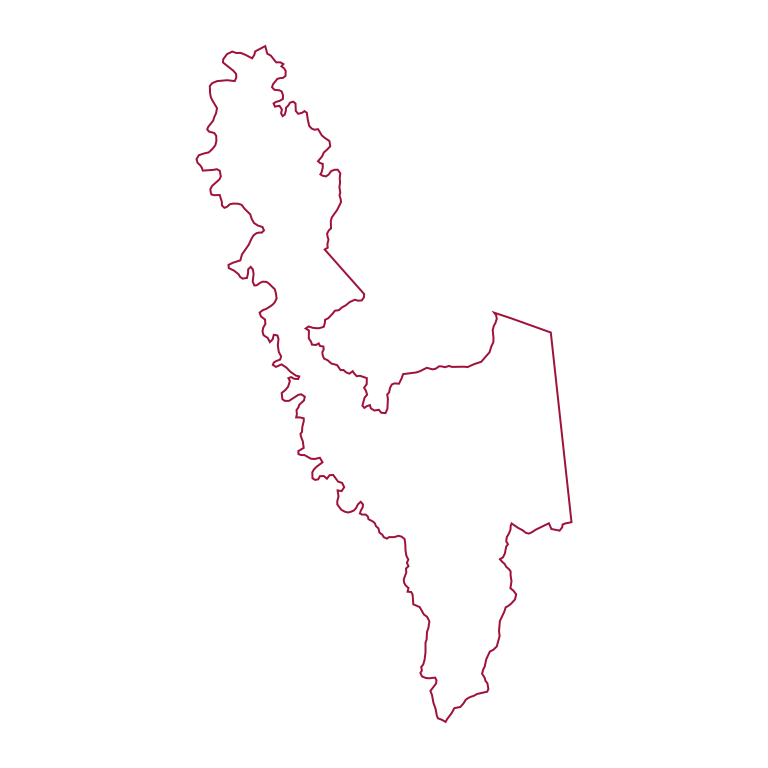 outline of Santa Terezinha de Goiás, Goiás, Brazil
{"feature_id": "56859067B60911131091675", "entity_name": "Santa Terezinha de Goiás", "entity_type": "district", "adm_level": 2, "iso_a3": "BRA", "parent_name": "Brazil", "parent_adm1": "Goiás", "projection": "albers", "projection_center": [-49.725, -14.312], "detail": "fine", "context": "isolated", "style": "outline", "palette": "rose", "viewbox_px": 768, "rotation_deg": 0, "n_neighbors": 0, "source": "geoboundaries", "source_scale": "gbopen_adm2", "svg_char_len": 6087}
<svg xmlns="http://www.w3.org/2000/svg" viewBox="0 0 768 768"><path d="M331.2,171.1L328.8,174.4L326.0,176.4L322.8,175.8L320.4,174.4L321.7,172.0L322.7,167.8L322.8,164.0L319.9,162.9L318.0,161.2L322.1,156.4L323.8,152.5L326.8,149.9L330.3,146.2L329.4,141.0L324.6,137.8L321.8,135.4L318.1,129.2L314.3,129.7L311.6,128.5L309.2,125.9L307.8,119.6L306.8,112.8L304.5,111.1L302.1,112.8L298.3,113.8L295.8,111.0L295.5,103.5L293.2,101.7L290.1,102.6L288.1,105.7L286.1,107.6L285.8,110.8L284.8,114.5L282.6,116.1L281.1,113.3L281.9,109.5L279.5,105.8L274.9,106.6L273.6,103.4L275.9,102.0L279.7,100.8L282.9,99.0L283.0,95.3L281.7,91.5L279.4,90.3L274.4,89.8L272.0,87.2L273.1,84.1L277.3,78.9L280.1,78.1L283.0,77.9L285.5,76.0L285.7,71.0L284.2,68.5L281.4,66.3L283.4,64.1L280.3,62.3L276.1,62.3L270.8,55.6L267.3,53.7L265.2,46.1L255.2,51.4L254.3,54.9L252.1,58.3L245.8,55.0L240.8,52.9L236.4,53.0L232.3,51.6L227.0,54.1L223.2,59.3L223.0,62.5L233.2,70.6L236.1,73.9L236.3,77.7L234.7,81.1L227.2,80.2L217.2,81.1L212.3,83.1L209.8,86.0L210.1,93.3L210.8,97.0L212.2,100.1L217.0,108.1L216.0,113.4L214.3,117.0L213.2,120.6L208.2,126.9L207.2,129.4L209.0,131.6L214.3,133.0L216.2,135.8L216.4,140.9L215.3,145.3L212.2,149.2L208.7,152.4L204.3,153.4L198.9,155.2L196.5,159.2L197.6,162.9L200.4,165.5L201.8,167.7L202.8,170.6L213.1,169.9L216.9,169.2L219.8,170.8L220.8,176.5L219.4,179.4L212.0,186.0L210.4,189.1L210.6,191.7L211.4,194.5L214.4,195.2L219.7,195.0L221.8,201.7L222.0,205.5L224.4,207.8L226.7,207.0L230.0,204.2L233.4,203.6L238.0,203.7L241.6,204.8L244.6,208.8L250.2,214.3L251.8,219.1L254.0,223.0L258.0,225.6L262.5,227.0L264.0,230.4L261.8,232.6L259.0,232.6L256.5,233.2L253.6,235.3L251.6,238.5L248.7,244.8L242.0,254.4L240.3,260.4L232.7,262.8L228.5,264.9L228.8,268.1L234.0,270.6L238.6,274.3L240.0,276.8L242.6,278.6L247.0,277.9L248.0,273.3L248.2,269.3L250.7,266.9L252.9,269.5L253.6,274.0L252.7,281.5L254.4,285.5L256.9,285.2L260.0,282.9L262.6,281.7L266.6,281.9L269.3,283.9L274.8,289.3L275.8,292.9L276.6,298.3L274.9,302.1L273.0,304.3L271.0,305.9L266.0,309.0L263.1,310.0L259.6,312.6L261.0,316.5L265.0,319.5L265.4,323.9L263.2,327.7L262.5,331.5L263.6,335.3L267.6,337.8L269.9,342.1L272.6,339.4L273.8,334.8L277.4,335.4L278.5,338.9L277.8,345.4L278.8,352.0L281.1,356.3L280.2,359.5L276.4,361.0L273.8,362.5L272.8,364.9L276.0,366.9L281.5,364.4L286.3,367.5L290.4,371.8L295.9,375.6L299.2,376.4L298.2,379.0L294.2,378.8L291.1,377.1L288.4,378.2L289.9,381.0L288.1,386.7L285.5,389.9L281.7,393.0L282.4,399.2L284.8,400.9L289.0,400.9L298.2,394.9L301.3,394.3L304.8,396.7L304.0,400.4L299.3,404.7L298.4,407.4L296.5,410.1L296.9,414.1L296.2,417.4L299.8,417.4L303.7,418.3L303.8,420.9L302.3,427.0L302.0,431.9L300.4,434.0L301.4,437.9L302.8,441.2L303.7,447.9L298.3,451.1L298.5,454.1L300.9,455.0L304.5,455.1L310.9,458.7L314.5,459.0L319.9,457.8L322.5,462.3L316.6,466.7L313.8,469.6L312.3,472.3L312.5,478.3L315.1,479.9L318.2,479.3L319.9,476.2L323.8,476.0L326.9,478.7L329.6,475.2L333.1,474.9L338.1,481.6L342.1,482.9L344.2,487.2L341.6,491.1L337.6,490.4L338.5,496.5L337.3,501.1L337.3,504.4L341.2,509.7L344.8,511.7L348.1,512.5L351.1,511.7L353.8,510.5L355.9,508.4L357.9,504.4L360.7,501.8L363.0,504.4L362.7,507.4L360.9,510.4L359.9,513.5L362.1,514.6L365.8,514.6L367.8,516.5L368.5,519.2L373.0,521.6L374.9,523.3L376.0,526.2L378.4,528.3L379.5,532.7L382.3,534.7L383.7,537.1L386.9,538.6L389.0,537.1L394.3,537.1L398.5,535.8L401.7,536.7L404.6,539.1L405.3,544.1L405.5,550.4L406.4,555.8L408.3,559.6L406.9,562.8L408.5,566.2L406.0,568.5L406.3,572.4L403.7,579.6L404.2,583.0L405.8,585.6L408.5,588.0L407.6,591.7L411.2,592.0L412.6,594.6L413.3,604.3L419.7,607.1L423.9,614.5L427.1,616.8L429.4,621.4L428.4,627.8L427.0,632.0L426.6,639.6L425.5,642.6L425.5,652.5L424.5,660.1L423.2,664.5L421.2,667.0L421.9,670.4L420.4,673.0L422.0,676.4L425.8,678.0L429.4,678.3L435.1,677.6L436.5,680.3L436.0,683.6L430.4,690.9L432.0,695.0L433.4,702.6L435.6,709.0L436.8,715.5L437.9,718.3L441.5,719.6L445.6,721.9L447.0,719.3L451.7,713.0L454.4,708.1L460.3,707.0L463.5,703.4L465.7,699.8L467.9,698.2L470.5,696.9L473.9,695.8L477.0,694.0L487.2,691.7L488.4,688.9L487.4,683.3L485.4,680.7L484.7,677.9L482.1,673.7L483.2,669.4L484.6,666.9L486.3,659.2L489.8,651.6L493.6,649.6L496.8,646.4L499.6,636.1L499.0,630.9L499.9,621.0L504.2,611.9L505.7,607.3L508.2,606.0L511.0,603.8L515.0,599.4L516.2,594.4L513.5,590.8L510.4,588.2L511.5,581.3L510.6,575.4L510.6,571.3L508.7,568.9L506.4,567.0L504.5,563.8L502.2,561.8L499.9,559.2L503.0,557.3L504.9,553.4L506.2,546.6L508.0,544.2L506.2,541.3L506.8,537.2L509.2,532.9L510.5,529.6L510.6,526.2L511.6,523.5L518.3,528.0L522.5,530.2L525.8,532.8L528.7,533.6L531.8,532.3L535.7,529.7L548.9,523.3L551.4,529.0L559.6,530.6L562.2,527.3L562.6,524.5L565.5,523.4L571.5,522.2L550.8,332.5L511.1,318.3L494.2,312.7L496.1,315.2L496.8,318.7L495.5,322.8L493.8,325.9L492.7,330.0L493.5,337.9L493.3,342.4L491.5,346.0L489.5,352.3L481.2,361.8L474.0,364.2L467.5,367.1L464.2,366.7L451.7,366.9L449.0,365.9L445.2,367.2L441.6,366.4L439.1,366.3L435.9,368.6L432.7,369.4L426.8,367.8L419.7,371.3L416.0,372.5L403.1,374.1L401.6,378.4L399.0,383.7L394.5,383.4L391.9,384.4L390.1,387.7L389.1,392.4L387.2,394.6L387.9,398.9L387.4,408.9L385.5,413.1L381.3,412.8L378.9,409.8L374.4,410.5L370.9,408.4L369.9,405.1L366.8,406.2L364.3,407.9L362.4,405.6L364.6,397.6L367.1,394.7L366.0,390.9L364.1,387.7L366.7,384.2L366.8,378.1L360.0,375.8L356.7,376.2L354.1,373.4L352.7,371.2L349.4,373.7L345.8,372.2L343.5,370.0L340.6,370.1L337.1,365.1L331.3,363.5L327.7,360.3L324.0,358.5L322.7,355.3L322.3,352.2L323.7,349.5L323.4,346.5L320.0,346.0L318.7,343.4L315.9,345.0L311.9,344.6L311.2,342.0L308.8,338.4L308.9,330.5L305.7,328.5L308.6,326.5L312.8,327.8L316.6,328.2L319.2,328.2L323.7,326.8L324.9,322.9L325.1,319.8L328.3,318.2L332.7,313.6L334.9,310.7L338.8,310.2L342.1,307.3L346.0,305.2L349.6,302.1L354.9,299.7L358.0,300.7L361.8,300.4L363.9,297.3L364.2,294.1L324.7,249.5L327.7,247.7L327.4,244.1L328.5,239.6L327.6,236.9L327.1,233.5L328.9,230.3L331.0,228.4L330.8,221.0L331.8,217.4L337.1,210.0L341.0,202.2L340.7,199.3L339.5,195.3L340.3,192.7L339.4,187.2L340.1,182.4L339.7,178.4L340.3,173.3L337.7,169.7L334.4,169.8L331.2,171.1Z" fill="none" stroke="#9f1239" stroke-width="2"/></svg>